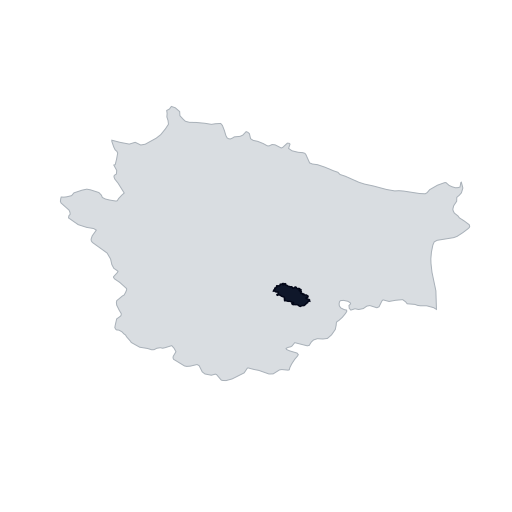 Maladzyechna, Minsk, Belarus shown in context, rotated 192°
{"feature_id": "67162791B22380901430791", "entity_name": "Maladzyechna", "entity_type": "district", "adm_level": 2, "iso_a3": "BLR", "parent_name": "Belarus", "parent_adm1": "Minsk", "projection": "equal_earth", "projection_center": [26.93, 54.243], "detail": "fine", "context": "in_parent", "style": "filled", "palette": "ink", "viewbox_px": 512, "rotation_deg": 192, "n_neighbors": 0, "source": "geoboundaries", "source_scale": "gbopen_adm2", "svg_char_len": 8228}
<svg xmlns="http://www.w3.org/2000/svg" viewBox="0 0 512 512"><g transform="rotate(192 256 256)"><path d="M421.1,339.3L412.9,338.9L403.2,339.1L397.8,342.1L391.8,340.6L387.6,342.3L378.1,350.5L374.4,354.9L371.0,361.6L369.0,366.7L370.2,370.2L372.1,373.5L372.6,377.0L373.6,379.8L371.2,381.8L369.9,384.7L365.8,384.2L360.7,381.4L359.6,377.4L355.6,374.6L353.1,373.1L348.9,372.9L342.2,374.2L333.5,375.2L326.9,375.5L323.3,376.9L318.1,378.3L316.0,376.7L313.0,372.1L310.5,367.5L308.8,365.5L307.3,365.0L305.5,365.1L303.5,366.5L302.0,368.0L296.5,369.7L294.1,371.4L291.5,375.6L289.7,375.3L287.9,374.3L285.7,369.6L282.8,368.5L278.2,368.5L272.4,367.5L267.8,366.1L266.1,366.4L263.4,368.4L260.4,368.7L253.8,366.9L252.5,367.7L248.8,372.9L247.0,373.1L246.0,372.5L246.5,368.0L242.7,366.4L236.3,366.2L231.8,366.8L229.6,366.6L228.4,365.7L222.9,358.2L220.0,357.7L214.8,358.1L207.1,357.2L198.2,355.5L193.3,354.9L190.8,353.2L185.3,352.6L170.7,349.5L164.7,348.9L155.8,348.9L142.4,348.2L133.8,348.5L129.8,349.6L125.2,350.2L109.2,351.1L103.5,352.0L101.8,353.5L99.9,357.0L93.2,363.0L86.7,367.0L85.5,367.3L81.8,365.2L78.7,364.5L75.1,364.2L72.5,364.9L70.8,365.9L70.9,370.5L70.5,370.9L67.8,365.5L68.2,360.5L69.8,357.7L71.8,355.1L71.1,351.3L73.1,346.2L73.2,342.6L72.4,341.0L70.9,339.2L66.8,337.2L65.0,335.6L59.5,333.5L53.9,330.9L53.1,329.3L53.3,328.2L54.4,326.6L58.7,321.7L63.4,317.0L66.4,315.1L82.1,309.0L84.6,306.9L85.3,303.4L85.2,296.2L84.4,289.6L83.3,285.1L80.5,276.7L72.8,259.3L68.4,241.3L71.5,242.4L78.9,242.8L84.8,241.5L87.8,241.3L90.5,241.7L98.2,240.7L100.1,242.3L103.5,243.8L110.3,241.7L116.4,239.2L122.6,239.5L123.5,238.2L125.1,231.9L127.0,230.5L134.4,231.2L137.2,230.0L140.1,226.9L144.5,225.0L148.2,225.0L152.0,222.8L153.9,224.2L154.8,226.9L153.5,228.9L154.0,229.8L156.6,230.8L161.2,230.8L164.1,229.9L164.8,228.7L164.8,226.5L164.1,224.5L162.2,222.8L158.6,221.9L156.1,221.9L155.7,220.7L156.5,218.4L158.8,214.0L161.6,210.1L163.2,208.6L163.5,207.3L163.2,204.9L163.2,200.6L165.7,194.6L169.0,190.2L173.4,188.7L178.8,187.9L182.3,185.8L184.0,183.4L185.4,179.6L187.2,178.8L200.1,179.3L202.1,175.4L203.2,174.4L205.6,173.3L207.4,171.9L206.7,170.9L203.4,170.2L195.7,169.6L194.1,168.3L194.6,166.8L196.7,162.9L198.7,157.8L199.7,153.9L199.8,151.6L200.9,151.0L207.2,150.3L209.3,149.5L214.8,144.2L218.9,143.3L229.5,144.7L234.4,144.6L240.6,144.9L241.2,144.4L243.3,139.2L253.8,130.8L259.4,127.9L262.9,127.3L264.2,127.4L269.9,131.8L271.2,132.0L274.9,130.1L281.4,130.0L284.5,131.5L288.8,136.9L291.1,137.6L297.4,134.6L300.8,133.6L303.1,133.6L315.1,137.8L316.0,139.1L316.1,140.7L314.4,145.7L316.9,148.7L319.8,150.8L325.9,147.4L328.1,146.4L330.6,146.4L333.9,145.1L336.2,143.2L338.5,142.6L342.9,143.0L350.8,142.6L360.1,145.5L361.0,146.5L365.7,150.0L367.3,151.7L368.9,152.3L371.4,154.0L374.7,155.0L377.0,154.7L378.1,155.3L379.2,156.6L379.3,158.9L379.2,165.5L376.0,169.0L375.6,170.2L375.8,171.6L378.5,174.5L382.0,178.9L382.9,181.5L382.9,183.4L378.4,189.1L376.9,190.4L376.0,193.2L375.5,196.0L375.8,197.2L383.7,201.8L389.6,204.2L390.9,205.4L391.0,206.2L388.1,211.1L387.8,212.4L392.5,214.4L395.2,217.6L397.6,222.8L402.2,227.9L418.8,235.2L420.2,236.5L420.8,238.1L420.4,241.6L417.6,248.1L420.5,249.1L427.7,248.8L436.5,249.7L447.3,254.3L447.4,256.4L446.4,258.3L447.2,260.3L448.4,262.0L457.7,267.3L458.7,268.8L458.9,271.3L458.8,273.2L456.2,273.6L453.5,274.5L448.9,276.7L447.2,279.9L439.9,284.2L435.4,286.2L431.7,286.3L422.9,285.4L419.8,283.3L418.5,281.3L415.1,280.4L410.6,280.3L404.4,280.6L403.2,281.2L402.3,283.7L399.8,287.8L398.0,290.2L406.0,298.5L410.1,301.9L411.4,303.9L411.4,305.4L409.6,307.2L410.0,310.7L414.0,315.4L412.7,316.1L412.5,321.8L412.7,327.9L413.8,329.4L415.9,330.6L417.7,332.9L420.8,338.0L421.1,339.3Z" fill="#d9dde1" stroke="#a8b0b8" stroke-width="1"/><path d="M194.1,223.0L194.3,223.4L194.4,223.8L194.5,224.0L194.6,224.3L194.8,224.4L195.1,224.5L195.5,224.5L196.0,224.5L196.4,224.5L196.6,224.5L197.0,224.6L197.3,224.7L197.5,224.8L197.9,224.9L198.2,224.9L198.3,225.0L198.4,225.3L198.3,225.5L198.0,225.7L197.6,225.8L197.3,226.0L196.9,226.2L196.8,226.5L196.7,227.0L196.7,227.4L196.8,227.6L197.1,227.6L197.3,227.7L197.6,227.9L197.9,228.0L198.1,228.1L198.6,228.3L198.8,228.3L199.1,228.2L199.4,228.2L199.6,228.0L199.8,227.9L200.1,227.9L200.4,227.9L200.7,227.9L200.9,228.1L200.9,228.4L201.0,228.6L201.5,228.6L201.6,228.3L201.6,228.2L201.9,228.0L202.0,228.0L202.3,228.1L202.4,228.3L202.3,228.5L202.2,228.6L202.2,228.9L202.4,229.0L202.6,229.0L202.7,228.9L202.9,228.7L203.1,228.7L203.3,228.8L203.5,228.9L203.6,229.0L203.8,229.2L204.0,229.2L204.1,228.9L204.3,228.8L204.5,228.8L204.6,229.0L204.6,229.3L204.8,229.5L204.8,229.9L204.7,230.1L204.6,230.3L204.3,230.6L204.4,230.8L204.7,230.9L204.9,230.8L205.2,230.7L205.4,230.7L205.8,230.8L206.0,230.9L206.5,231.1L206.4,231.4L206.2,231.6L205.9,231.8L205.5,231.9L205.2,231.9L204.9,232.2L205.0,232.4L205.4,232.5L206.0,232.6L206.4,232.6L206.6,232.7L206.7,232.9L206.7,233.1L207.1,233.2L207.4,233.2L207.6,233.1L207.7,232.9L207.8,232.7L208.2,232.6L208.4,232.7L208.9,232.8L209.1,232.8L209.4,232.8L209.7,233.0L209.8,233.3L210.0,233.6L210.4,233.8L211.0,233.9L211.3,233.8L211.5,233.6L211.6,233.4L211.6,233.1L211.9,232.8L212.0,232.8L212.4,232.7L212.5,232.5L212.6,232.4L212.7,232.2L212.9,232.2L213.0,232.2L213.4,232.1L213.5,232.2L213.7,232.5L213.8,232.7L214.0,233.0L214.8,233.3L215.1,233.3L215.4,233.2L215.6,233.1L215.9,233.0L216.4,233.0L216.8,233.1L217.0,233.1L217.5,233.1L217.8,233.1L218.3,233.1L218.5,233.1L219.1,233.4L219.4,233.6L219.9,233.8L220.2,233.8L220.8,233.9L221.3,233.9L221.6,234.0L221.7,234.4L221.6,234.6L221.4,234.9L221.6,235.0L222.1,234.9L222.4,234.7L222.8,234.5L223.1,234.3L223.4,233.8L223.4,233.6L223.5,233.4L223.9,233.6L223.9,233.9L223.9,234.3L223.9,234.6L224.2,234.5L224.4,234.5L224.6,234.2L224.6,233.9L225.1,233.7L225.6,233.6L226.0,233.6L226.4,233.4L226.5,233.0L226.3,232.8L226.3,232.5L226.3,232.2L226.7,231.8L227.3,231.6L227.8,231.5L228.1,231.4L228.5,231.3L228.9,231.3L229.3,231.3L229.5,231.2L229.6,230.7L229.4,230.6L229.3,230.4L229.2,230.1L229.4,229.8L229.6,229.7L229.8,229.3L229.9,229.1L230.3,228.9L230.7,228.7L230.9,228.5L230.9,228.3L230.6,228.1L230.5,227.9L230.5,227.7L230.8,227.5L230.9,227.2L230.9,226.9L231.1,226.5L231.4,226.5L231.6,226.2L231.6,225.7L231.6,225.3L231.4,225.4L231.2,225.5L230.9,225.6L230.6,225.7L230.3,225.6L230.2,225.5L230.1,225.4L229.7,225.2L229.3,225.1L229.0,225.0L228.7,225.0L228.4,225.1L228.1,225.2L227.9,225.3L227.7,225.3L227.3,225.3L227.1,225.3L227.0,225.2L226.8,225.0L226.8,224.8L226.7,224.5L226.5,224.3L226.4,224.1L226.4,223.8L226.4,223.7L226.4,223.4L226.5,223.2L226.8,223.0L227.1,222.9L227.4,222.7L227.5,222.6L227.4,222.3L227.3,222.2L227.2,222.1L226.8,222.0L226.6,222.1L226.4,222.3L226.3,222.5L226.1,222.7L225.9,222.7L225.6,222.8L225.2,222.8L224.9,222.8L224.6,222.7L224.4,222.7L224.1,222.6L223.9,222.5L223.6,222.5L223.4,222.4L223.1,222.2L222.9,222.1L222.7,222.0L222.4,222.0L222.2,222.0L222.0,221.9L221.8,221.9L221.6,221.8L221.3,221.8L221.1,221.9L220.8,221.9L220.5,221.9L220.3,221.9L220.1,221.8L220.0,221.7L219.9,221.5L219.8,221.4L219.8,221.2L219.7,221.0L219.5,220.9L219.3,220.8L219.2,220.7L219.2,220.4L219.3,220.2L219.2,219.8L219.0,219.6L219.1,219.3L219.0,219.1L218.9,219.0L218.7,218.8L218.7,218.7L218.8,218.4L218.7,218.2L218.4,218.2L218.2,218.4L218.1,218.5L217.9,218.5L217.6,218.5L217.3,218.5L217.0,218.5L216.6,218.5L216.3,218.4L216.1,218.4L215.6,218.4L215.3,218.4L214.9,218.4L214.6,218.5L214.3,218.6L214.1,218.7L213.8,218.7L213.4,218.7L213.0,218.6L212.7,218.6L212.3,218.6L212.0,218.6L211.8,218.5L211.4,218.2L211.2,218.0L210.9,218.1L210.6,218.1L210.2,218.2L210.0,218.3L209.8,218.3L209.6,218.2L209.7,217.8L209.8,217.7L210.0,217.6L210.3,217.5L210.6,217.4L210.9,217.2L211.0,217.0L211.0,216.8L210.9,216.7L210.4,216.4L210.2,216.3L209.9,216.2L209.6,216.2L209.2,216.2L208.9,216.4L208.7,216.5L208.4,216.5L207.8,216.5L207.3,216.6L207.0,216.7L206.8,216.7L206.4,216.8L206.1,216.9L205.9,217.0L205.5,217.0L205.2,217.0L204.8,216.9L204.5,216.6L204.1,216.4L203.4,216.2L202.9,216.0L202.2,215.9L201.8,216.3L201.4,216.5L200.8,217.0L200.2,217.2L199.4,217.3L198.6,217.6L198.2,218.1L197.7,218.7L197.4,219.2L197.1,219.6L197.0,220.0L196.6,220.5L196.2,220.7L195.8,221.1L195.9,221.5L195.8,221.9L195.5,222.3L195.4,222.5L194.9,222.8L194.4,223.0L194.1,223.0Z" fill="#0f172a" stroke="#020617" stroke-width="1.5"/></g></svg>